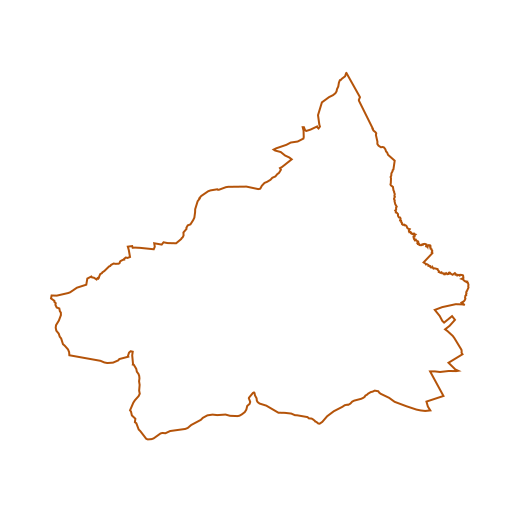 the district of Voslabeni, Harghita, Romania, rotated 174°
{"feature_id": "2599482B3089153619350", "entity_name": "Voslabeni", "entity_type": "district", "adm_level": 2, "iso_a3": "ROU", "parent_name": "Romania", "parent_adm1": "Harghita", "projection": "robinson", "projection_center": [25.647, 46.621], "detail": "fine", "context": "isolated", "style": "outline", "palette": "amber", "viewbox_px": 512, "rotation_deg": 174, "n_neighbors": 0, "source": "geoboundaries", "source_scale": "gbopen_adm2", "svg_char_len": 5956}
<svg xmlns="http://www.w3.org/2000/svg" viewBox="0 0 512 512"><g transform="rotate(174 256 256)"><path d="M382.5,278.7L381.9,275.3L381.4,268.2L384.1,267.5L385.6,268.1L387.4,267.0L387.4,266.2L388.8,266.1L391.3,265.1L391.8,264.6L392.5,263.1L393.5,262.7L396.7,262.9L398.3,263.4L401.1,262.3L402.0,261.3L403.2,261.0L408.4,256.9L410.5,255.8L411.1,255.0L412.8,254.3L414.2,251.8L414.5,250.8L415.2,250.0L415.9,250.6L417.0,249.3L419.4,251.3L421.4,251.9L421.9,252.8L426.1,251.2L427.8,245.2L437.4,243.2L444.7,239.3L446.7,238.8L458.3,237.4L463.4,238.1L464.3,235.2L461.2,232.5L461.3,231.4L460.1,230.0L460.6,228.4L459.6,225.6L457.1,224.4L456.8,221.4L456.0,220.2L456.2,217.6L458.8,212.4L462.1,208.1L462.7,205.6L462.4,202.6L460.3,199.4L459.6,196.2L458.4,194.4L457.2,188.5L455.6,186.8L452.7,182.7L451.9,179.9L452.0,176.8L421.6,168.0L418.0,166.0L415.1,165.1L409.3,164.9L403.9,166.6L402.7,167.8L393.5,169.2L393.7,170.2L392.4,173.1L391.8,173.6L390.6,174.4L388.6,173.7L389.5,170.2L389.6,161.3L389.8,160.9L388.9,160.6L386.9,156.3L386.6,153.4L385.2,151.0L384.7,149.0L384.7,146.5L385.4,143.6L385.2,140.0L386.3,134.3L386.0,131.2L387.4,128.9L391.5,125.2L393.3,123.0L397.4,115.7L396.6,114.4L396.1,110.4L393.0,106.8L393.8,103.4L392.5,102.2L390.8,95.7L389.4,94.0L384.3,85.7L382.8,84.9L378.9,84.8L376.9,85.3L369.5,89.5L367.6,89.8L364.6,89.2L359.7,90.9L344.4,91.4L341.9,92.1L338.1,94.7L328.0,98.8L325.8,100.6L321.0,102.6L315.8,102.8L311.1,101.8L302.9,101.5L298.6,99.8L291.1,98.7L289.1,98.9L286.6,100.0L283.5,101.9L281.7,104.2L280.4,107.8L277.8,109.6L277.0,111.5L278.0,115.3L277.8,115.8L273.4,120.1L272.3,120.5L271.8,119.9L271.6,117.5L270.3,114.4L270.3,112.1L269.6,110.5L267.9,108.9L261.4,106.1L250.1,97.8L243.7,97.0L237.4,95.6L233.9,93.6L231.8,93.3L221.6,90.4L220.4,89.0L217.7,88.5L216.7,87.8L214.7,85.9L214.5,85.3L213.2,84.6L211.7,83.0L210.6,82.6L210.2,82.6L207.4,84.1L202.0,89.2L194.8,93.5L185.8,97.0L183.4,98.3L180.6,98.6L180.1,98.3L178.7,98.8L177.5,99.4L175.6,101.1L173.5,101.9L166.2,103.0L164.0,103.8L162.5,104.7L161.9,105.7L159.8,106.6L159.1,107.3L156.0,108.7L154.2,108.9L152.0,109.7L148.5,108.7L147.8,107.3L146.5,106.0L138.4,101.0L133.4,96.5L122.2,90.9L112.5,86.5L108.4,85.2L103.9,84.2L98.8,84.2L100.8,88.3L101.7,93.4L84.2,97.2L94.9,123.0L90.0,122.5L85.1,121.4L76.3,121.5L69.0,120.6L66.9,120.7L69.6,122.3L75.7,129.7L60.9,136.7L61.7,138.3L61.4,139.9L61.5,141.3L67.3,153.6L68.7,156.0L73.5,161.4L75.6,163.3L70.8,166.3L64.8,171.7L67.3,175.7L75.9,170.1L77.5,172.0L79.6,177.2L83.8,183.7L76.1,185.7L62.4,187.2L55.8,186.3L54.3,185.8L54.2,186.0L55.4,186.9L55.3,187.6L56.3,187.6L56.6,188.1L53.9,189.3L52.7,190.7L52.2,191.8L52.5,192.5L51.9,194.6L51.0,195.1L51.1,196.0L50.6,196.8L50.8,197.4L50.4,198.7L50.1,198.8L48.0,202.4L48.1,203.7L47.7,205.2L48.1,207.2L49.2,207.9L48.8,208.5L50.9,209.1L52.2,210.5L52.5,211.1L53.9,211.8L52.0,212.5L52.1,215.0L52.4,215.3L54.4,215.9L55.1,215.9L55.5,215.3L56.3,216.0L57.8,215.6L57.9,216.3L59.3,216.5L59.1,217.0L60.0,218.2L62.4,216.8L64.2,218.0L65.0,218.7L64.8,219.0L65.1,219.3L66.0,219.2L66.4,218.6L66.4,218.0L67.7,217.9L68.7,219.1L69.7,218.3L69.9,218.8L70.6,218.9L71.0,218.4L71.6,219.2L72.7,219.3L73.2,220.4L74.4,220.0L75.1,220.7L75.9,221.0L75.7,221.8L76.8,223.4L76.8,224.0L79.7,225.1L80.8,224.9L81.8,226.7L82.1,226.2L83.3,226.3L83.9,227.1L83.9,227.8L85.2,228.1L85.0,228.4L85.5,229.0L86.9,230.0L87.9,229.9L88.0,230.5L90.0,232.1L80.3,240.4L80.8,241.3L80.3,241.7L80.4,242.5L80.2,243.0L80.7,243.7L80.7,244.4L81.7,245.1L81.5,246.1L81.9,246.7L81.6,246.8L81.4,247.7L81.6,248.3L83.0,248.8L84.2,248.4L84.4,247.5L84.6,248.0L85.6,247.6L85.9,248.0L85.1,249.2L85.2,249.6L86.8,250.4L88.4,250.4L88.9,249.7L89.6,250.1L90.2,249.5L90.8,249.5L92.3,249.8L92.4,250.7L93.5,250.9L93.3,251.3L93.9,251.8L93.4,252.0L93.7,252.5L93.1,252.9L93.3,253.4L93.7,253.3L94.4,254.3L95.1,254.6L95.3,255.4L95.7,255.3L96.1,255.8L96.5,255.3L97.1,256.4L97.4,258.5L96.3,258.8L96.5,259.6L95.3,260.6L96.2,260.9L96.0,261.2L96.2,261.7L97.5,261.9L98.1,261.4L99.4,262.3L99.3,263.1L99.8,263.7L101.0,263.6L101.4,265.0L100.3,266.6L101.6,267.1L102.5,267.9L103.2,270.1L103.8,270.7L104.8,271.3L105.2,271.1L105.6,271.8L106.6,271.6L107.5,272.5L107.4,273.8L107.7,274.2L107.3,274.3L107.9,274.4L108.0,276.0L109.0,276.3L108.3,278.2L108.7,279.2L109.9,279.5L110.6,281.2L110.4,282.8L111.4,284.2L112.4,284.7L112.2,285.8L112.8,286.7L111.8,287.5L111.6,289.6L110.9,290.3L112.1,293.0L112.5,296.2L112.2,296.9L112.7,297.8L112.7,298.7L111.7,300.3L112.0,300.7L112.0,301.7L111.5,303.0L112.0,305.0L111.9,305.7L112.4,306.8L112.6,310.4L114.5,312.2L114.8,313.1L114.3,314.4L113.6,319.3L113.9,320.5L113.1,321.7L112.7,324.1L111.4,325.9L111.1,327.1L110.3,327.7L108.1,336.3L114.1,342.8L114.8,345.3L115.7,346.3L116.2,348.6L117.3,350.5L118.6,351.2L120.4,351.1L122.6,352.9L123.3,354.2L123.6,354.8L123.3,357.0L124.1,363.8L123.6,365.5L124.3,366.7L126.1,368.5L126.8,370.3L126.5,370.4L137.4,399.7L137.4,400.5L136.0,403.1L147.3,429.4L147.1,428.8L148.6,425.4L152.1,423.3L153.3,422.2L154.2,422.1L155.4,419.8L156.5,415.9L158.0,413.5L158.7,411.3L160.0,409.6L162.6,407.9L166.7,406.4L174.4,401.9L179.6,389.6L179.3,380.1L178.9,378.0L180.5,376.3L181.7,377.7L181.8,378.4L188.6,376.0L193.0,375.1L194.1,376.2L194.9,379.1L196.1,379.2L195.6,375.7L196.1,369.2L196.6,367.8L202.6,365.5L209.6,365.2L214.1,363.4L224.6,361.0L227.3,360.0L226.0,358.9L220.5,356.8L216.6,352.9L212.6,350.5L210.4,348.4L221.0,341.7L223.0,340.9L222.2,339.2L224.4,336.3L226.4,335.1L228.4,333.1L231.6,332.1L233.6,330.3L237.2,328.6L239.9,327.8L242.9,325.2L244.5,322.8L245.0,322.4L246.8,322.3L258.2,326.0L276.4,327.7L278.7,327.6L285.8,325.8L286.9,325.8L287.5,326.4L294.4,326.0L296.8,325.4L304.2,321.4L306.3,319.4L306.0,319.0L308.3,316.6L311.6,308.9L312.0,305.9L313.3,300.6L314.7,298.3L317.9,294.3L320.7,293.6L322.3,291.3L322.3,290.2L325.7,287.0L325.9,284.0L327.0,282.2L328.1,281.5L328.6,280.7L334.1,277.0L342.7,278.1L346.5,279.3L348.6,277.2L355.9,279.3L355.7,275.8L357.0,273.4L370.3,276.2L375.4,277.0L377.8,277.1L378.1,278.8L382.5,278.7Z" fill="none" stroke="#b45309" stroke-width="2"/></g></svg>